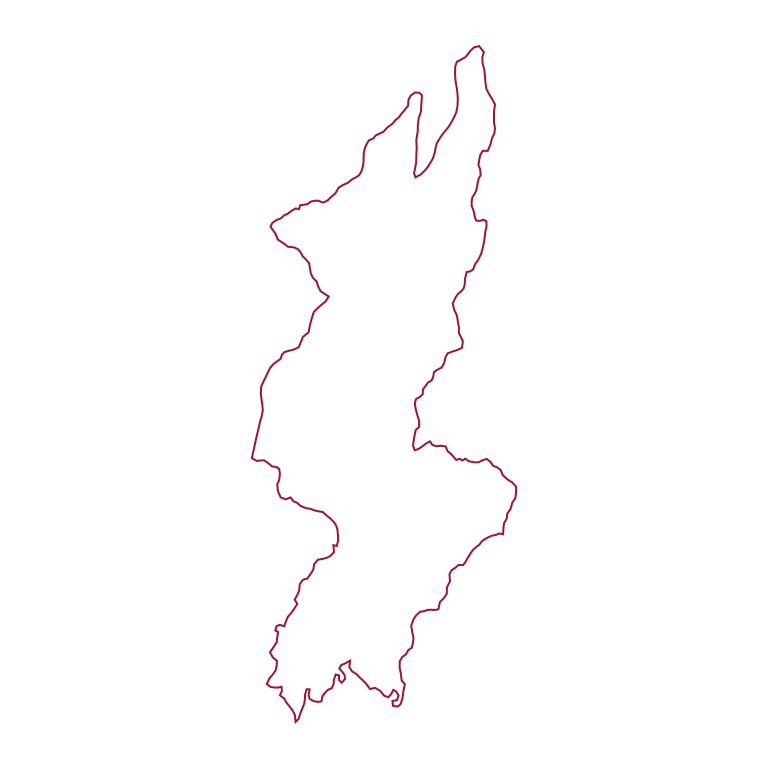 Claro dos Poções, Minas Gerais, Brazil (Equal Earth projection)
{"feature_id": "56859067B92506852264935", "entity_name": "Claro dos Poções", "entity_type": "district", "adm_level": 2, "iso_a3": "BRA", "parent_name": "Brazil", "parent_adm1": "Minas Gerais", "projection": "equal_earth", "projection_center": [-44.226, -17.057], "detail": "fine", "context": "isolated", "style": "outline", "palette": "rose", "viewbox_px": 768, "rotation_deg": 0, "n_neighbors": 0, "source": "geoboundaries", "source_scale": "gbopen_adm2", "svg_char_len": 5500}
<svg xmlns="http://www.w3.org/2000/svg" viewBox="0 0 768 768"><path d="M510.5,509.2L512.4,502.4L515.1,498.7L516.1,492.9L516.1,486.7L512.3,482.5L507.3,479.3L502.9,475.3L500.5,469.8L496.6,467.1L493.0,465.8L490.5,461.9L486.7,458.9L482.4,460.3L478.4,462.3L474.4,462.3L469.0,461.3L465.4,458.7L462.4,460.5L459.7,458.7L456.3,460.0L453.6,456.9L450.6,453.5L447.5,451.1L445.7,446.5L441.1,445.7L436.5,446.3L432.3,444.9L430.0,441.3L425.9,443.6L422.8,446.0L419.1,448.7L414.8,450.3L413.0,445.6L414.0,438.3L415.7,430.0L419.1,427.0L419.1,420.8L417.2,414.8L415.5,408.1L414.8,402.9L416.1,399.0L419.8,397.0L422.8,394.1L422.9,389.4L425.6,385.9L428.0,382.5L431.5,380.6L433.1,377.2L434.0,372.1L437.1,369.9L441.6,367.5L444.2,363.0L445.4,357.5L447.7,353.3L452.7,351.5L457.5,349.9L461.9,347.9L462.9,341.5L461.1,337.3L458.9,333.0L458.9,327.2L457.9,321.9L457.0,315.7L454.2,309.9L452.7,303.5L455.3,298.0L457.9,293.9L461.1,291.5L463.6,288.5L464.7,284.6L465.1,278.4L466.6,272.0L469.8,271.5L473.1,269.5L475.0,264.4L478.4,259.5L481.1,254.0L482.6,248.4L484.1,241.5L484.9,235.5L485.4,231.3L486.5,226.7L486.4,221.3L483.4,219.7L480.0,220.9L476.3,220.7L474.8,217.1L473.8,211.5L471.6,205.7L471.7,201.3L472.4,197.1L474.7,193.9L476.5,189.8L477.6,183.4L478.8,178.3L480.7,175.2L480.2,169.5L478.4,164.9L479.3,159.3L480.2,155.2L482.7,150.8L487.7,150.9L490.5,144.4L492.1,137.8L494.3,133.8L495.0,128.2L494.0,122.4L494.0,116.6L494.1,110.9L495.0,104.4L491.8,98.5L488.9,93.8L486.4,88.9L485.4,82.3L484.9,75.1L484.2,69.1L482.6,63.3L482.3,57.3L483.9,52.1L479.1,46.1L473.9,47.4L470.1,51.1L467.5,54.7L465.2,57.3L461.0,59.6L456.8,61.8L455.2,66.7L455.0,74.2L455.5,80.3L456.1,84.4L456.9,88.9L457.5,94.0L457.8,99.3L457.5,106.3L456.3,112.2L454.0,117.3L451.1,122.7L448.7,126.7L445.6,130.5L443.1,133.5L440.9,136.6L438.8,140.0L436.7,143.4L435.7,147.5L434.6,153.1L432.9,158.5L430.6,162.4L427.7,167.1L424.3,171.1L420.6,174.6L415.5,177.3L414.0,173.2L415.0,168.7L416.1,162.9L416.3,156.2L416.7,146.9L416.3,140.4L417.0,135.6L417.8,130.9L417.8,125.7L418.7,118.0L421.0,111.5L421.3,104.7L421.7,100.0L421.9,95.1L419.2,92.7L415.0,92.5L410.7,95.6L408.4,100.0L408.1,105.8L405.3,109.1L401.6,113.6L398.9,117.3L395.9,119.6L392.6,123.6L387.4,127.5L383.1,132.0L379.4,133.6L375.7,135.5L373.1,138.6L368.9,140.3L366.7,144.0L364.9,148.1L363.7,153.5L363.6,160.3L363.1,165.8L361.3,171.5L359.1,175.2L356.0,177.3L352.1,179.3L347.7,182.9L343.1,184.9L338.6,187.7L335.5,193.2L331.2,196.9L327.4,200.6L323.0,202.6L317.8,200.6L314.1,200.9L310.9,201.6L307.4,204.2L303.6,204.8L300.2,205.3L298.9,209.3L296.0,208.4L292.2,210.4L287.3,214.0L284.4,215.1L280.8,218.4L276.5,220.0L272.3,222.9L270.5,226.8L273.0,230.2L275.6,233.9L277.6,239.3L281.4,242.0L284.6,244.0L287.9,246.7L291.3,247.1L294.5,247.5L298.0,249.2L300.6,252.2L302.6,256.2L306.2,259.7L309.2,263.4L309.9,268.2L310.9,273.7L312.9,277.9L316.7,281.5L318.1,286.4L320.6,291.2L324.8,294.0L328.7,296.4L325.6,301.4L321.9,304.4L317.7,308.1L313.8,311.9L311.9,318.1L310.3,323.7L309.3,328.3L308.7,332.3L305.5,334.8L302.8,337.1L301.0,341.7L298.7,347.2L293.9,349.5L288.7,350.8L284.4,352.1L282.0,354.6L280.6,358.8L277.3,361.2L273.1,364.3L270.2,367.9L268.1,371.9L265.8,376.8L263.3,381.9L261.2,386.6L260.8,393.7L261.6,400.3L262.3,404.6L262.8,410.5L261.6,416.7L260.0,421.8L258.5,428.7L256.9,435.2L255.8,440.0L254.4,446.7L253.1,452.3L251.9,458.2L256.6,460.9L260.7,460.5L264.2,460.3L267.8,462.9L272.3,466.5L276.3,466.9L279.2,468.9L279.9,473.6L279.2,480.0L277.2,484.3L277.9,490.9L280.6,497.3L285.8,499.3L290.6,497.4L293.3,501.1L297.5,503.1L300.5,506.0L303.5,507.1L306.4,508.2L310.6,508.9L315.0,510.6L318.5,511.3L322.7,512.0L326.1,515.1L330.1,518.3L333.9,522.0L336.1,525.5L337.5,529.8L337.9,535.0L338.2,540.1L336.8,545.9L333.4,545.2L334.0,552.2L330.3,556.0L326.7,557.8L323.1,558.8L317.7,559.8L314.2,564.2L313.2,569.9L310.1,574.6L307.3,578.6L302.9,579.8L299.7,584.3L299.2,590.6L297.3,594.8L294.7,599.6L297.3,603.9L294.4,608.4L291.4,612.8L287.9,616.8L286.0,621.2L284.2,626.3L279.9,624.8L276.6,626.1L275.3,630.5L278.1,631.9L277.3,636.7L276.7,642.3L273.8,646.7L270.0,652.3L272.8,657.4L276.9,660.7L276.7,665.1L275.7,670.2L272.8,674.4L269.5,678.3L266.8,684.0L270.5,686.9L274.4,687.5L278.2,687.6L281.5,686.7L281.9,690.9L279.9,695.3L284.1,698.4L286.5,702.6L289.6,706.6L292.3,710.0L294.8,714.8L295.6,721.9L298.6,718.9L300.6,712.7L302.9,707.0L304.3,703.3L304.9,699.4L305.1,694.7L306.5,689.3L309.6,689.3L308.7,694.7L309.6,698.8L313.6,701.1L318.4,701.9L321.5,701.3L322.4,696.2L324.9,692.9L328.0,689.8L331.7,688.2L333.6,684.0L333.9,679.8L335.7,674.5L339.0,675.4L339.2,680.4L341.7,682.7L345.1,678.9L344.5,674.9L342.1,671.6L339.3,668.7L341.0,665.2L345.8,663.1L350.1,660.7L349.3,667.1L352.1,671.4L356.9,674.4L359.6,677.4L362.6,680.1L366.4,684.0L370.0,689.1L375.1,687.8L380.3,690.9L383.9,695.5L388.1,697.3L391.1,694.3L393.3,689.8L396.3,691.6L398.6,695.5L397.0,700.0L392.4,701.1L393.0,705.8L397.8,706.6L400.7,704.0L402.5,698.2L403.4,690.9L404.9,684.2L401.6,680.5L400.9,673.8L399.6,667.4L399.8,661.2L402.3,656.9L405.9,654.3L408.3,650.1L411.7,647.9L413.0,642.7L413.5,637.9L412.3,632.5L411.2,625.8L413.3,619.7L416.1,615.4L420.1,611.7L424.0,611.2L427.5,609.9L431.6,609.7L434.8,610.1L438.4,609.2L439.9,602.1L443.7,598.3L446.8,593.8L446.9,587.4L450.0,581.3L449.5,574.1L451.8,570.0L454.7,568.2L458.7,564.9L463.2,565.0L465.3,562.2L467.7,558.0L470.8,552.9L473.5,549.3L476.1,547.1L479.2,544.8L481.9,541.3L484.9,539.1L488.3,537.3L491.8,535.7L495.7,535.0L499.2,533.5L503.0,534.3L503.5,527.5L504.0,523.3L506.7,518.7L507.4,513.3L510.5,509.2Z" fill="none" stroke="#9f1239" stroke-width="2"/></svg>